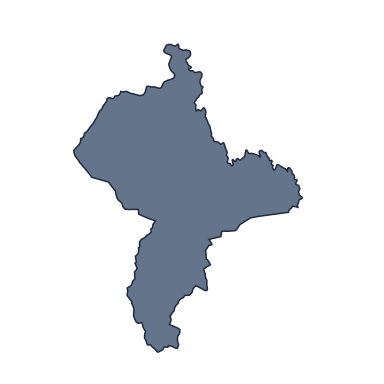 Gia Nghia, Đắk Nông, Vietnam (Natural Earth projection), rotated 167°
{"feature_id": "81297802B66925040014305", "entity_name": "Gia Nghia", "entity_type": "district", "adm_level": 2, "iso_a3": "VNM", "parent_name": "Vietnam", "parent_adm1": "Đắk Nông", "projection": "natural_earth1", "projection_center": [107.695, 12.013], "detail": "fine", "context": "isolated", "style": "filled", "palette": "slate", "viewbox_px": 384, "rotation_deg": 167, "n_neighbors": 0, "source": "geoboundaries", "source_scale": "gbopen_adm2", "svg_char_len": 6043}
<svg xmlns="http://www.w3.org/2000/svg" viewBox="0 0 384 384"><g transform="rotate(167 192 192)"><path d="M238.7,306.0L239.8,304.3L241.1,302.9L242.3,302.6L245.2,302.8L245.6,302.7L246.7,301.3L247.7,300.7L248.4,300.9L250.3,302.1L251.2,302.3L252.1,302.5L253.4,302.3L253.9,301.7L254.8,299.8L256.4,298.2L260.0,295.2L260.6,293.9L261.4,293.0L262.1,292.5L263.3,291.9L264.2,291.1L267.0,287.7L268.2,285.8L270.5,283.8L272.3,281.5L276.2,278.6L280.1,275.1L281.8,274.1L283.6,273.5L284.6,271.1L285.9,269.7L288.6,268.8L288.8,267.4L290.2,264.7L292.0,263.1L297.5,259.5L297.8,259.1L298.1,257.1L297.9,253.8L295.8,248.9L294.8,246.1L289.5,235.8L286.2,228.8L271.5,220.7L270.9,219.9L268.1,213.6L266.5,210.6L266.6,206.5L266.3,202.7L266.0,201.6L265.3,200.2L263.7,198.3L263.0,196.8L262.8,196.2L262.4,192.6L261.2,190.4L260.7,190.0L259.3,189.9L257.8,189.1L255.9,188.9L248.3,187.1L248.8,182.3L242.3,177.4L234.9,172.5L234.1,172.3L234.8,171.4L237.3,169.3L238.2,166.9L238.9,165.8L239.2,165.5L240.3,165.3L240.6,164.4L240.6,162.5L240.8,162.2L243.4,160.4L246.0,160.0L248.0,158.3L252.1,157.2L253.9,155.7L254.7,154.0L255.1,150.8L255.8,149.7L256.9,149.6L256.8,147.7L258.2,144.3L258.6,143.7L259.6,143.4L260.5,142.5L261.6,142.3L262.0,136.6L262.2,136.3L263.6,135.4L263.3,134.0L262.7,130.1L263.6,128.8L266.1,127.0L266.2,126.5L266.1,125.1L266.6,123.7L267.3,120.0L269.4,118.9L272.1,114.7L276.8,113.0L276.8,110.9L277.1,109.4L278.5,106.0L278.3,105.0L277.4,103.5L276.7,101.3L275.3,98.9L275.8,96.8L275.3,95.0L274.8,90.8L275.5,89.1L276.7,85.0L276.8,83.8L275.7,78.1L274.9,76.9L273.5,76.0L270.4,76.1L270.0,73.9L270.1,71.3L269.5,69.0L268.6,66.7L268.8,66.2L270.0,64.3L271.1,60.5L270.3,57.7L270.1,54.5L269.8,53.5L269.6,53.1L269.2,52.8L267.0,52.6L265.1,49.2L263.8,47.6L261.6,43.8L261.0,43.6L256.6,44.7L255.2,45.6L254.2,47.0L253.6,47.3L250.6,46.2L250.3,46.3L249.5,47.5L249.0,47.6L248.4,47.3L245.1,45.2L243.8,44.0L242.2,43.1L241.2,43.1L239.3,46.6L239.7,48.6L239.3,52.1L238.4,54.4L237.9,55.2L236.6,56.3L235.5,57.7L234.8,60.5L235.7,61.9L237.1,63.1L243.8,67.9L241.5,71.1L241.0,73.9L241.3,74.9L241.4,76.1L240.1,76.8L237.9,79.2L236.5,79.8L234.7,83.4L232.7,85.4L230.7,86.5L229.8,88.3L229.0,89.1L226.8,90.5L224.1,91.1L222.7,92.4L221.9,92.8L218.2,92.1L217.5,92.3L215.3,93.6L214.2,94.5L213.7,95.9L212.7,97.3L211.3,98.6L209.1,99.8L201.9,93.5L200.5,92.7L199.4,92.9L198.7,94.4L198.5,98.0L197.4,102.4L198.0,105.3L197.8,107.6L197.5,109.2L198.0,111.9L197.9,113.9L197.3,114.8L196.0,115.0L194.3,115.9L191.4,116.5L190.3,117.1L192.0,122.1L193.0,123.5L191.9,132.0L187.5,136.2L184.5,136.1L184.5,137.4L185.2,139.7L186.2,142.0L173.8,142.1L172.4,146.0L171.2,147.1L167.5,146.0L158.8,144.6L157.6,145.0L156.9,145.4L152.6,149.5L140.7,153.6L132.7,153.3L102.5,150.5L102.1,151.7L101.7,152.3L100.8,153.0L99.1,153.7L97.2,155.6L94.0,154.2L92.3,153.1L92.2,153.4L92.4,155.2L92.3,155.6L90.9,157.1L90.0,159.3L89.6,159.8L89.1,160.3L86.8,160.8L86.1,161.2L85.9,161.6L85.9,162.1L87.8,164.3L88.1,165.4L88.2,166.7L87.9,168.7L87.5,169.3L86.6,170.2L86.2,170.9L86.6,174.5L88.6,175.5L89.0,176.2L88.8,177.4L87.1,179.5L87.1,180.2L87.4,180.5L89.3,180.9L89.3,181.4L88.7,183.7L88.8,185.2L89.0,186.2L90.1,187.3L90.2,188.2L89.9,188.8L89.9,189.8L91.4,193.3L91.9,193.8L92.3,194.0L93.2,193.6L93.5,193.1L94.1,190.7L94.4,190.6L95.6,193.4L97.4,194.8L101.6,199.0L102.5,199.4L103.2,199.3L103.6,198.9L104.2,197.5L106.5,195.0L107.1,194.9L107.5,195.2L108.0,197.7L107.9,198.2L106.9,199.6L108.3,200.9L108.6,201.5L108.6,201.9L107.3,203.2L107.1,203.7L107.1,204.7L107.4,205.0L108.9,204.9L109.2,205.1L109.4,205.5L109.3,207.1L109.6,208.3L110.7,209.9L111.1,213.4L111.4,213.9L111.7,214.1L112.7,214.2L113.2,214.6L114.6,216.8L115.1,217.0L116.7,216.9L117.6,216.0L117.7,215.3L117.3,211.6L117.4,211.0L117.7,210.7L118.0,210.8L118.4,211.0L119.2,212.7L123.4,215.5L125.4,216.2L127.7,216.7L128.2,217.3L129.2,220.5L129.7,220.7L130.2,220.4L132.6,215.0L133.2,214.5L135.0,213.8L137.0,212.4L138.1,212.3L138.6,212.6L139.8,214.2L140.3,214.4L141.4,213.9L142.3,212.3L143.3,212.2L143.7,212.5L144.6,214.2L144.9,214.5L145.4,214.4L145.7,213.8L145.7,209.8L146.5,208.6L146.8,208.5L147.6,208.7L148.3,210.8L148.8,211.4L150.7,212.0L150.8,213.3L150.4,214.3L149.2,216.5L149.1,217.2L149.2,217.9L150.0,219.3L150.1,220.5L148.8,222.7L148.8,223.1L149.5,226.8L149.7,231.1L150.0,232.6L150.2,232.9L150.8,232.9L152.4,232.1L153.3,232.1L155.5,234.8L156.7,235.5L158.9,236.1L159.3,237.1L159.2,239.1L159.4,239.8L160.5,241.9L160.5,242.6L159.8,244.2L159.9,247.7L159.8,252.1L160.9,255.7L161.0,258.2L161.5,259.4L161.6,261.1L162.3,262.5L160.5,266.5L160.5,268.7L160.8,269.9L161.5,271.2L161.9,271.4L162.5,271.1L163.9,269.8L165.0,269.3L165.9,269.6L167.1,270.8L167.9,270.8L168.9,270.0L169.7,270.2L169.5,273.3L169.3,274.1L168.6,275.4L168.7,276.3L169.6,278.0L169.6,278.6L169.4,278.9L167.6,280.5L166.5,281.8L164.1,283.1L163.6,284.0L162.5,285.0L160.3,285.6L159.6,286.5L159.5,289.8L157.8,291.4L157.8,292.0L158.0,292.3L159.4,293.3L159.5,297.0L159.3,298.1L158.8,299.6L156.8,301.8L155.8,304.4L155.9,305.7L156.5,306.7L157.0,307.1L157.7,307.5L161.9,307.6L162.9,308.2L163.8,309.8L164.1,310.1L165.6,310.3L166.4,310.7L167.6,311.9L167.7,312.3L167.7,312.7L167.3,313.0L165.2,313.1L164.7,313.6L164.8,314.2L167.0,316.2L167.3,316.6L167.5,318.9L168.2,320.5L168.3,322.3L167.9,322.7L165.3,323.5L163.4,324.8L162.7,325.7L162.3,326.9L162.2,328.9L162.4,329.9L162.8,330.4L163.3,330.7L164.4,330.8L165.5,331.8L168.7,332.0L171.1,333.7L172.3,335.0L172.0,338.5L172.5,339.3L174.4,338.2L175.6,338.0L177.2,338.8L179.3,340.4L180.7,340.9L183.5,340.9L184.3,340.4L187.2,336.9L187.7,336.2L187.8,335.6L187.4,334.4L186.4,333.3L184.9,332.1L182.8,330.8L181.6,329.3L181.6,328.2L185.0,323.3L185.6,322.3L185.9,321.3L185.9,319.1L185.6,317.1L184.8,314.2L182.8,311.2L182.5,310.0L182.5,309.2L184.0,307.4L186.1,306.7L188.3,306.4L190.2,306.4L194.1,305.6L195.5,304.5L197.9,301.3L198.8,300.6L200.0,300.4L201.5,300.9L204.6,302.7L207.6,303.4L211.1,305.0L212.0,305.0L212.7,304.5L214.9,300.3L216.8,298.2L218.0,297.6L220.4,297.6L221.7,297.9L227.8,301.2L230.0,302.1L232.6,304.4L233.6,304.9L235.9,304.9L238.1,305.6L238.7,306.0Z" fill="#64748b" stroke="#1e293b" stroke-width="1.5"/></g></svg>